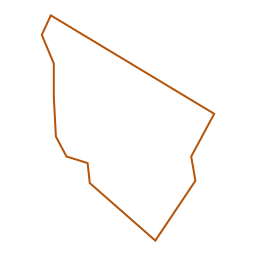 outline of Saint John Capesterre
{"feature_id": "KNA-5104", "entity_name": "Saint John Capesterre", "entity_type": "Parish", "adm_level": 1, "iso_a3": "KNA", "parent_name": "Saint Kitts and Nevis", "parent_adm1": "", "projection": "albers", "projection_center": [-62.805, 17.383], "detail": "fine", "context": "isolated", "style": "outline", "palette": "amber", "viewbox_px": 256, "rotation_deg": 0, "n_neighbors": 0, "source": "natural_earth", "source_scale": "10m", "svg_char_len": 269}
<svg xmlns="http://www.w3.org/2000/svg" viewBox="0 0 256 256"><path d="M41.8,34.9L50.8,15.4L214.2,113.8L191.2,156.5L195.4,180.8L155.3,240.6L89.8,183.1L87.6,163.1L66.5,156.5L55.9,136.6L53.8,96.7L53.8,63.5L41.8,34.9Z" fill="none" stroke="#b45309" stroke-width="2"/></svg>